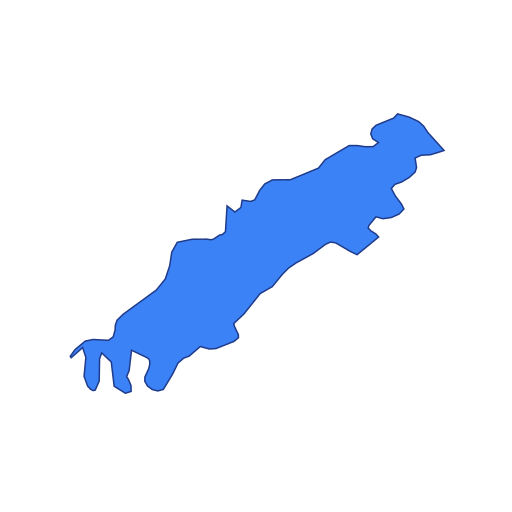 an SVG outline of Cremona, rotated 114°
{"feature_id": "ITA-5447", "entity_name": "Cremona", "entity_type": "Province", "adm_level": 1, "iso_a3": "ITA", "parent_name": "Italy", "parent_adm1": "", "projection": "natural_earth1", "projection_center": [10.091, 45.216], "detail": "fine", "context": "isolated", "style": "filled", "palette": "blue", "viewbox_px": 512, "rotation_deg": 114, "n_neighbors": 0, "source": "natural_earth", "source_scale": "10m", "svg_char_len": 2209}
<svg xmlns="http://www.w3.org/2000/svg" viewBox="0 0 512 512"><g transform="rotate(114 256 256)"><path d="M213.7,164.2L213.4,172.5L211.6,188.6L213.0,193.6L217.1,197.3L230.4,204.7L245.9,216.5L253.7,221.3L261.8,224.4L277.4,228.7L288.6,236.9L313.7,243.4L313.8,243.4L313.9,243.5L314.1,243.5L314.4,243.7L314.6,243.8L314.8,243.9L315.1,244.0L315.3,244.1L315.6,244.2L315.9,244.3L316.2,244.4L316.5,244.6L316.9,244.7L317.2,244.9L317.6,245.0L317.9,245.2L318.3,245.3L318.7,245.5L319.1,245.6L319.5,245.8L319.9,246.0L320.2,246.1L320.6,246.3L321.0,246.5L321.4,246.6L321.8,246.8L322.2,247.0L322.6,247.1L322.9,247.3L323.3,247.4L323.6,247.6L324.0,247.7L324.3,247.8L324.6,248.0L324.9,248.1L325.2,248.2L325.4,248.3L325.7,248.4L325.9,248.5L326.1,248.6L326.3,248.7L326.5,248.8L326.8,248.9L329.4,246.7L334.9,240.2L337.7,238.8L342.9,241.3L356.9,255.0L359.9,260.7L361.4,270.1L374.6,276.3L378.7,280.5L385.5,283.7L398.3,284.2L415.6,286.4L419.2,290.8L420.2,296.5L418.9,302.3L415.6,306.7L411.6,308.3L402.5,308.2L398.3,309.0L395.2,310.4L393.8,311.8L393.2,314.2L392.7,331.4L412.2,325.3L418.9,325.1L420.6,322.4L425.2,317.5L430.5,315.0L434.5,319.5L432.7,332.6L411.7,345.1L407.3,357.5L413.5,357.1L434.0,348.4L443.9,348.3L445.2,350.0L445.0,353.0L443.4,356.8L435.9,364.1L417.8,370.2L410.2,377.1L424.1,383.5L423.1,384.9L415.0,383.2L403.2,377.4L398.6,371.0L393.0,356.4L387.9,353.6L381.0,354.6L376.3,356.4L371.1,356.8L363.1,353.6L327.6,333.2L313.8,329.5L299.9,330.9L286.8,334.5L275.5,333.5L266.7,321.2L260.5,307.5L259.7,304.3L258.2,301.9L251.6,297.7L250.1,295.5L246.2,293.8L222.0,302.8L224.4,293.2L217.8,289.5L210.6,291.4L208.4,283.3L205.3,280.0L194.3,279.3L186.6,277.3L179.8,272.0L172.4,255.7L150.3,234.7L139.9,232.0L117.2,215.8L114.0,208.6L111.6,200.3L108.4,193.4L102.5,190.3L101.5,197.0L97.8,200.8L92.7,201.6L87.6,199.4L74.0,186.3L68.6,184.5L66.8,172.4L67.1,161.9L69.2,155.6L70.5,153.6L73.3,149.2L83.1,127.1L86.8,131.2L92.6,137.9L96.8,146.2L101.8,150.5L109.9,145.3L114.6,144.8L121.8,147.9L129.1,153.0L134.1,158.3L139.3,159.8L144.5,153.1L149.3,144.4L152.9,140.0L159.4,142.3L165.7,147.9L170.3,155.2L171.4,162.3L182.2,165.3L184.8,164.9L186.3,161.2L187.1,155.6L188.8,151.7L213.7,164.2Z" fill="#3b82f6" stroke="#1e3a8a" stroke-width="1.5"/></g></svg>